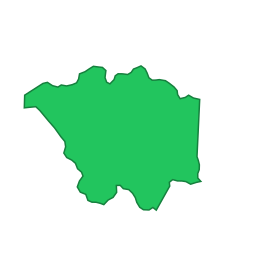 São Ludgero, Santa Catarina, Brazil (orthographic projection), rotated 326°
{"feature_id": "56859067B3541578386981", "entity_name": "São Ludgero", "entity_type": "district", "adm_level": 2, "iso_a3": "BRA", "parent_name": "Brazil", "parent_adm1": "Santa Catarina", "projection": "orthographic", "projection_center": [-49.171, -28.352], "detail": "fine", "context": "isolated", "style": "filled", "palette": "green", "viewbox_px": 256, "rotation_deg": 326, "n_neighbors": 0, "source": "geoboundaries", "source_scale": "gbopen_adm2", "svg_char_len": 1298}
<svg xmlns="http://www.w3.org/2000/svg" viewBox="0 0 256 256"><g transform="rotate(326 128 128)"><path d="M82.4,43.5L60.7,43.0L53.3,53.3L57.1,55.3L63.5,58.8L64.7,64.2L66.1,78.1L67.2,86.9L67.5,98.0L68.1,103.9L65.8,108.7L60.8,112.9L60.7,118.2L63.4,123.1L64.7,127.9L63.4,133.6L64.8,138.6L63.8,142.7L58.1,144.8L53.0,148.5L52.6,154.5L55.9,159.4L54.3,165.6L56.6,169.3L60.0,171.7L62.8,174.8L65.1,178.0L71.3,176.6L76.8,177.2L82.6,175.0L86.2,169.1L89.5,171.2L90.2,175.7L94.2,179.5L95.3,184.7L95.1,189.9L93.7,194.6L93.4,200.3L95.1,204.4L99.6,207.7L104.2,207.8L105.5,211.9L130.1,199.5L131.9,196.1L136.2,195.8L139.4,199.5L143.1,202.1L146.1,204.9L148.5,209.6L154.2,211.3L158.5,213.0L157.9,208.5L160.3,204.8L163.8,202.3L166.6,198.4L168.1,194.3L169.2,190.3L203.4,144.4L199.0,139.7L196.6,134.7L192.6,134.7L187.6,132.8L187.8,128.1L189.6,124.5L189.1,119.7L187.2,113.9L185.5,109.7L181.0,105.4L177.8,103.8L174.8,101.9L173.4,98.0L174.6,93.1L175.2,88.6L173.5,83.8L169.5,83.1L165.5,82.2L161.8,83.7L157.7,83.5L153.8,80.1L150.1,77.5L146.6,77.6L143.5,80.1L137.7,81.3L135.9,78.1L137.1,73.4L141.8,68.0L140.7,63.5L137.4,60.7L133.8,57.5L128.9,57.3L123.8,57.3L118.1,56.0L114.4,59.8L110.6,61.8L106.0,60.9L100.6,58.8L96.7,55.0L92.8,54.9L89.1,50.7L86.7,45.1L82.4,43.5Z" fill="#22c55e" stroke="#15803d" stroke-width="1.5"/></g></svg>